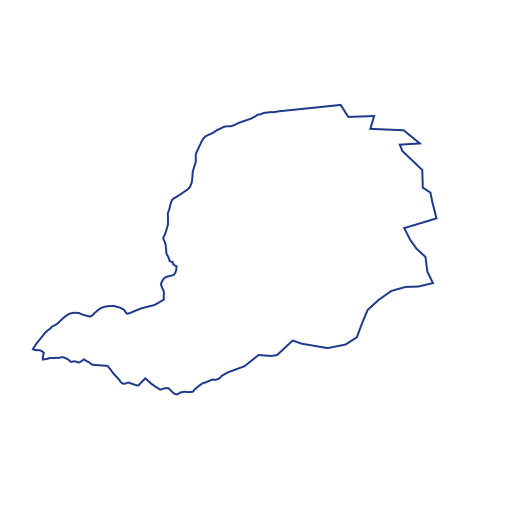 the district of San Pablo Cuatro Venados, Oaxaca, Mexico, rotated 21°
{"feature_id": "50627088B25746223253331", "entity_name": "San Pablo Cuatro Venados", "entity_type": "district", "adm_level": 2, "iso_a3": "MEX", "parent_name": "Mexico", "parent_adm1": "Oaxaca", "projection": "natural_earth1", "projection_center": [-96.914, 16.979], "detail": "fine", "context": "isolated", "style": "outline", "palette": "blue", "viewbox_px": 512, "rotation_deg": 21, "n_neighbors": 0, "source": "geoboundaries", "source_scale": "gbopen_adm2", "svg_char_len": 3086}
<svg xmlns="http://www.w3.org/2000/svg" viewBox="0 0 512 512"><g transform="rotate(21 256 256)"><path d="M166.1,162.2L165.5,163.3L165.2,164.3L164.9,165.1L164.6,166.3L164.3,168.1L164.1,169.4L164.0,171.5L163.8,173.2L163.5,178.1L163.3,181.4L163.6,183.4L164.9,186.7L166.0,189.4L166.7,199.9L168.7,206.2L169.7,210.7L169.6,214.9L168.8,217.4L167.5,219.6L166.0,221.7L162.4,226.9L160.0,230.0L158.3,232.1L157.5,234.1L157.5,237.2L158.3,243.5L158.4,247.8L160.8,253.6L162.5,258.1L162.9,262.5L163.2,265.7L163.2,269.2L162.9,272.1L163.7,273.6L165.0,274.8L167.0,276.9L169.7,282.0L170.4,283.6L171.4,285.6L172.6,286.9L174.1,287.9L176.1,290.3L177.4,291.7L178.9,291.7L180.4,291.6L181.3,293.1L183.2,293.9L185.5,294.0L186.5,297.4L186.7,300.4L186.0,303.2L183.8,304.8L181.2,306.5L179.0,308.5L177.9,310.6L177.4,313.3L177.2,315.7L178.2,317.6L180.0,319.5L182.2,321.6L183.6,324.3L184.1,326.3L185.0,328.4L185.6,329.6L185.2,330.1L183.2,332.7L181.2,335.3L178.7,338.2L173.2,342.0L167.9,345.8L163.8,349.5L161.0,352.3L158.4,354.7L156.0,356.2L152.0,353.5L148.4,353.0L146.0,353.0L144.0,353.3L141.4,353.5L138.6,354.6L135.9,355.9L133.2,357.4L130.1,359.9L128.2,362.5L127.0,364.8L125.6,367.3L124.8,369.7L122.9,372.0L120.5,372.4L114.3,372.9L111.2,372.7L107.9,373.7L105.8,374.5L102.4,376.9L99.9,380.2L97.6,384.3L96.3,387.3L95.3,389.5L93.5,392.2L90.8,395.1L89.8,397.7L88.3,400.0L86.9,402.5L82.4,416.5L81.1,422.9L83.0,423.0L85.3,422.4L86.8,421.9L87.9,421.4L91.1,421.8L92.7,422.5L92.9,424.8L93.4,427.5L94.1,429.0L95.0,428.6L96.4,427.7L98.1,426.8L99.6,425.4L108.2,421.8L109.0,421.4L110.4,420.5L112.0,419.6L113.7,419.6L115.1,419.7L117.2,419.8L119.2,420.5L121.3,421.2L122.2,420.6L123.9,419.6L125.0,419.2L126.7,419.0L127.9,419.2L129.7,418.2L131.0,416.3L132.2,414.2L136.3,415.0L138.0,414.9L141.0,416.0L142.5,416.0L145.8,415.3L146.4,414.9L153.9,412.7L156.7,411.8L160.7,414.0L164.6,416.6L172.5,420.5L175.0,422.2L177.1,422.9L179.5,422.2L181.9,419.9L191.5,419.5L192.6,418.9L196.5,409.9L204.5,412.9L208.4,413.9L214.5,415.1L218.8,411.8L221.6,410.8L228.5,413.7L230.3,413.8L231.0,413.7L231.8,413.6L233.3,412.0L234.3,410.4L235.6,409.8L237.7,408.4L238.6,408.1L240.7,407.7L245.0,405.8L245.7,405.2L246.8,402.1L249.3,397.6L251.6,394.2L252.4,393.3L254.0,392.3L256.5,389.9L259.8,386.8L261.9,386.4L263.0,385.8L263.4,385.5L265.6,383.6L267.1,380.0L271.3,374.8L284.7,363.1L293.9,347.5L305.4,344.1L311.1,341.1L320.5,321.8L330.0,321.5L355.9,316.3L371.4,306.5L379.3,295.6L379.1,281.9L379.5,266.5L386.4,252.7L394.9,240.1L406.7,231.3L418.6,226.3L422.9,223.3L430.9,217.9L426.4,213.7L421.6,209.2L414.5,196.1L403.1,191.6L394.0,185.5L384.4,176.8L411.0,156.2L401.8,143.2L396.1,134.3L387.2,132.4L380.4,116.1L355.1,105.6L350.4,100.5L362.7,94.9L368.6,92.2L348.8,85.7L317.2,96.3L316.1,83.0L292.3,93.1L280.9,84.6L226.7,112.1L220.1,115.8L218.1,116.4L216.4,117.4L214.5,118.3L211.8,119.8L209.7,121.9L206.9,123.5L205.2,126.1L203.6,127.7L202.4,129.3L193.1,137.1L191.3,138.8L189.2,141.2L186.3,143.7L182.3,145.4L180.5,146.4L178.5,148.1L177.0,150.1L174.7,152.2L172.7,155.0L171.5,156.6L170.5,157.7L168.4,159.8L166.1,162.2Z" fill="none" stroke="#1e3a8a" stroke-width="2"/></g></svg>